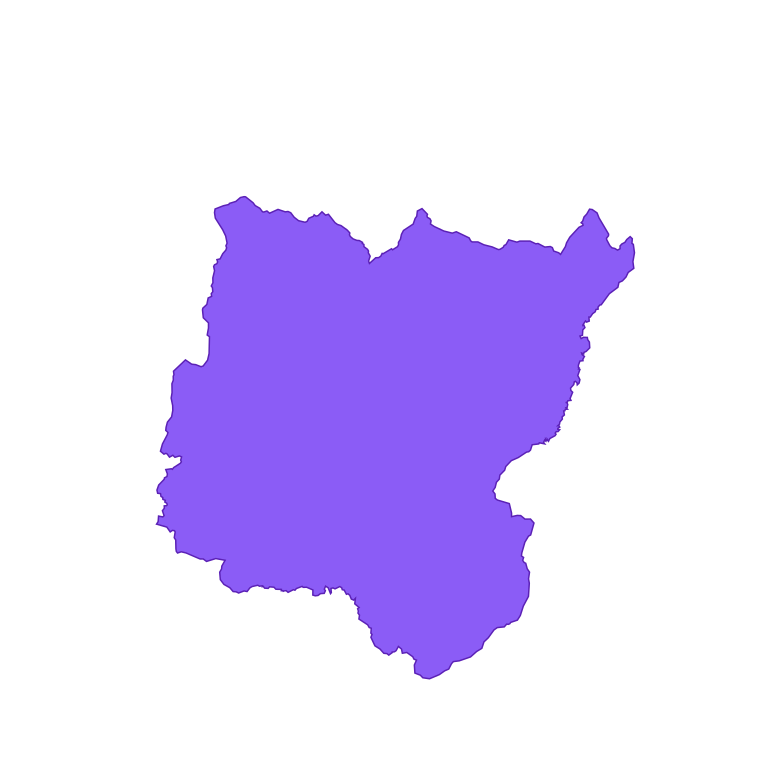 outline of Loilen, Shan, Myanmar, rotated 210°
{"feature_id": "60261553B60770274813160", "entity_name": "Loilen", "entity_type": "district", "adm_level": 2, "iso_a3": "MMR", "parent_name": "Myanmar", "parent_adm1": "Shan", "projection": "mercator", "projection_center": [97.755, 21.29], "detail": "fine", "context": "isolated", "style": "filled", "palette": "violet", "viewbox_px": 768, "rotation_deg": 210, "n_neighbors": 0, "source": "geoboundaries", "source_scale": "gbopen_adm2", "svg_char_len": 6171}
<svg xmlns="http://www.w3.org/2000/svg" viewBox="0 0 768 768"><g transform="rotate(210 384 384)"><path d="M529.1,495.6L529.0,494.0L532.0,489.9L531.9,486.4L533.2,484.6L539.7,482.7L545.2,483.5L550.4,485.7L553.4,485.4L555.6,483.7L563.1,482.2L568.5,474.7L571.9,475.3L574.1,472.8L575.4,472.4L579.4,474.1L584.8,474.1L588.0,475.5L597.4,476.9L598.8,476.3L601.6,473.7L603.6,468.0L608.2,463.1L608.2,461.8L612.2,458.1L617.8,451.1L616.5,447.7L613.0,443.3L600.8,436.9L595.1,433.0L590.3,427.5L590.0,424.6L588.4,423.3L587.9,420.9L588.8,416.2L588.5,410.4L590.9,408.2L589.1,406.5L588.9,404.6L590.4,402.5L590.3,400.6L587.4,397.4L585.3,390.3L582.8,386.2L582.6,382.5L580.8,381.7L578.4,378.3L578.8,375.9L577.1,373.7L579.3,370.6L577.2,364.3L578.8,359.1L578.3,357.5L573.6,351.0L566.6,349.2L564.0,344.7L561.6,338.0L558.8,337.7L550.7,322.9L548.7,316.4L549.6,309.2L551.1,307.5L556.8,306.6L560.5,305.0L568.0,305.6L572.7,289.8L570.6,287.1L570.4,285.3L568.4,282.0L567.8,278.2L563.2,270.5L561.3,265.4L556.2,259.6L553.7,255.5L551.5,249.3L552.5,242.7L551.1,237.6L549.8,234.7L546.9,234.0L546.3,231.7L545.9,221.4L544.0,214.0L539.5,213.2L538.2,214.9L536.9,215.0L533.2,213.4L531.2,216.7L528.4,216.0L525.2,219.4L522.9,219.7L522.0,216.4L520.6,215.3L520.7,213.6L524.4,206.4L524.6,204.3L525.7,204.3L530.2,200.8L526.6,197.8L525.7,195.3L527.2,193.0L526.7,191.6L528.6,183.9L527.6,178.6L525.4,176.2L522.7,177.3L520.9,175.1L518.9,175.1L517.8,173.5L515.2,173.9L514.8,172.2L512.5,172.1L511.3,171.0L511.5,169.9L513.4,168.6L512.1,166.5L512.6,163.5L508.6,160.0L509.1,158.3L513.2,156.9L510.8,151.9L510.9,148.9L500.5,151.5L495.2,149.0L494.1,151.4L492.2,152.2L490.9,151.5L488.8,146.0L486.4,144.8L481.7,137.1L480.2,135.2L478.3,134.4L475.7,137.3L471.0,138.7L455.8,140.5L453.0,142.1L449.0,141.6L442.4,148.7L433.5,151.9L433.4,145.2L432.2,142.6L432.2,138.9L427.9,132.7L422.4,130.4L415.7,130.5L410.9,128.8L408.1,130.1L405.4,130.3L401.7,134.8L398.8,135.8L398.2,140.4L397.0,142.6L392.7,146.6L390.8,146.6L388.6,148.3L388.1,147.6L387.6,148.4L385.3,147.5L382.1,149.1L381.7,151.1L377.7,153.0L375.0,152.2L370.2,154.8L369.6,153.6L368.3,154.4L367.1,153.8L367.7,154.4L365.4,156.1L362.9,155.6L359.6,160.6L358.0,160.9L357.6,163.1L353.7,167.8L352.3,167.5L349.4,169.3L342.6,170.1L340.1,165.6L337.6,166.2L335.4,167.9L334.2,170.7L331.1,172.8L331.4,175.7L333.1,176.5L333.5,179.7L330.4,179.6L325.5,175.7L325.3,177.0L327.7,180.4L326.2,181.9L324.0,182.1L321.0,186.5L318.8,186.4L317.3,185.0L315.4,185.6L311.4,183.1L310.3,184.3L308.0,183.9L304.8,181.4L302.2,181.7L301.6,184.1L299.4,179.0L293.8,178.0L294.5,176.2L292.7,174.6L292.0,172.6L289.7,171.6L288.2,167.9L277.7,167.3L275.1,165.7L272.9,166.1L270.8,161.7L269.2,161.2L268.7,158.1L260.9,152.7L255.1,152.5L249.5,150.7L246.6,152.0L244.3,151.6L242.6,155.4L242.9,155.9L241.0,157.4L240.2,159.1L240.3,163.9L236.3,163.2L233.5,160.0L230.0,162.9L222.7,162.2L220.5,160.7L217.8,161.1L217.2,155.8L212.7,149.1L206.9,150.0L203.5,149.0L197.2,151.5L190.7,160.1L188.0,166.0L185.4,169.5L185.7,175.6L185.1,178.3L180.4,181.9L172.6,190.9L170.0,198.7L167.1,204.0L168.5,210.6L166.8,216.4L165.8,226.0L164.1,229.7L158.4,233.8L157.7,237.4L156.2,238.0L155.2,239.3L155.1,240.9L150.4,246.2L150.2,251.7L152.3,261.3L152.7,272.3L158.6,284.2L161.4,287.5L163.9,293.8L167.6,295.6L171.6,299.6L173.4,299.5L175.7,300.6L176.4,303.6L179.0,303.8L180.2,306.6L182.9,317.4L182.8,324.5L181.5,326.6L184.6,338.6L189.6,340.3L194.3,337.5L199.8,338.4L202.9,336.8L207.2,332.9L209.0,336.0L215.7,343.1L227.8,340.2L230.5,340.6L232.9,344.3L236.3,345.7L236.0,350.0L237.5,355.1L236.6,359.3L238.1,363.0L236.4,369.7L237.3,373.4L235.4,381.3L230.9,387.5L226.5,396.3L224.8,397.7L224.1,400.0L225.3,405.5L220.0,409.5L220.1,410.7L214.9,412.5L216.6,413.2L216.8,415.8L215.6,415.5L216.4,416.9L214.9,416.1L214.3,416.7L214.9,417.7L212.9,416.7L213.1,419.7L210.0,424.8L209.9,426.5L211.2,427.1L211.0,428.9L209.5,429.8L209.0,432.2L210.8,431.6L211.3,432.5L210.2,434.5L211.6,435.4L212.6,434.8L211.9,437.0L212.7,439.0L212.0,442.8L213.3,444.5L212.3,447.4L214.9,450.5L214.0,451.2L214.3,452.8L212.6,453.9L214.5,454.5L213.7,455.2L214.6,458.1L216.3,459.4L217.4,458.7L216.2,460.0L216.4,461.5L213.9,463.3L215.6,464.5L216.5,471.2L218.9,471.8L220.4,473.7L219.4,478.5L220.3,481.0L219.7,482.0L217.5,481.6L216.2,479.9L215.5,482.3L216.5,485.7L220.4,488.2L221.6,494.6L223.1,494.3L223.0,495.5L224.0,495.6L225.1,497.6L225.8,501.8L223.3,503.7L224.1,504.8L224.2,508.1L227.1,508.5L228.3,509.6L226.1,509.9L226.6,511.4L225.2,513.3L223.9,518.2L227.1,523.0L229.8,524.3L231.2,526.0L234.6,524.2L236.0,521.9L238.3,523.5L236.5,525.4L238.9,530.3L238.2,533.3L240.4,535.0L241.0,534.2L241.3,534.8L241.0,539.3L239.5,538.9L237.7,541.1L240.0,544.4L238.8,545.1L238.5,549.2L237.2,552.1L237.7,554.5L236.0,555.9L237.1,557.6L236.6,560.3L235.5,561.2L234.0,574.9L229.8,584.7L231.3,589.4L229.1,592.5L227.9,597.6L228.3,602.7L225.5,609.1L229.6,614.4L232.7,622.9L237.9,629.6L239.6,629.8L241.6,634.0L244.5,634.7L246.0,630.5L246.2,627.1L248.1,624.1L248.6,621.6L247.2,619.2L248.7,616.7L251.9,616.8L254.7,615.9L257.5,616.7L263.3,620.3L264.2,621.5L263.7,624.6L264.4,626.1L280.9,635.4L285.0,638.7L290.9,639.2L293.4,638.2L293.4,632.5L294.3,628.7L293.4,624.4L293.9,622.2L291.8,622.0L291.0,620.9L293.5,617.2L296.5,604.0L296.5,597.6L295.6,593.7L295.9,584.5L298.3,585.0L303.5,584.0L306.4,586.3L308.7,586.2L313.2,583.0L320.9,582.7L322.6,581.3L328.9,580.8L337.8,575.7L339.8,573.3L348.1,571.2L348.1,565.7L349.2,564.1L349.1,562.0L350.9,558.6L352.2,557.6L358.9,556.8L367.1,554.5L373.7,554.0L378.7,551.1L380.5,551.3L383.3,553.1L397.5,552.0L400.3,548.8L408.7,546.4L419.3,545.5L423.8,545.8L424.8,548.8L426.9,550.1L429.7,550.0L430.9,551.1L431.2,552.7L438.8,554.9L441.6,550.5L439.5,545.6L439.8,543.0L438.7,537.1L443.9,526.7L443.7,522.3L442.2,517.7L442.3,513.9L441.0,511.7L441.0,509.6L443.7,504.5L445.1,504.9L449.9,496.4L450.9,496.2L450.7,493.1L451.8,490.8L454.3,489.2L456.9,481.1L458.8,482.8L459.9,487.8L463.2,489.8L463.9,491.4L465.6,492.4L470.0,492.9L471.2,494.8L473.1,494.9L473.4,495.9L477.1,495.9L479.3,494.8L483.3,494.2L486.9,494.9L488.5,495.9L489.1,497.7L492.7,498.9L500.4,499.7L504.0,498.9L507.1,499.2L517.0,503.2L519.0,501.0L523.8,502.1L525.2,496.9L526.8,495.4L529.1,495.6Z" fill="#8b5cf6" stroke="#5b21b6" stroke-width="1.5"/></g></svg>